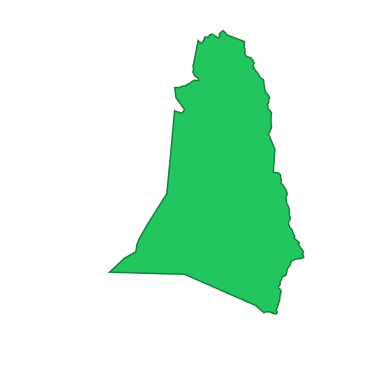 Conceição do Coité, Bahia, Brazil (orthographic projection), rotated 341°
{"feature_id": "56859067B37601452746614", "entity_name": "Conceição do Coité", "entity_type": "district", "adm_level": 2, "iso_a3": "BRA", "parent_name": "Brazil", "parent_adm1": "Bahia", "projection": "orthographic", "projection_center": [-39.2, -11.517], "detail": "fine", "context": "isolated", "style": "filled", "palette": "green", "viewbox_px": 384, "rotation_deg": 341, "n_neighbors": 0, "source": "geoboundaries", "source_scale": "gbopen_adm2", "svg_char_len": 2534}
<svg xmlns="http://www.w3.org/2000/svg" viewBox="0 0 384 384"><g transform="rotate(341 192 192)"><path d="M247.1,50.8L235.2,71.5L234.1,72.9L233.7,75.3L233.0,77.2L231.8,78.9L232.2,81.5L232.8,83.8L234.9,86.4L234.6,88.7L232.9,88.4L230.8,87.1L227.8,87.5L225.9,88.5L224.1,88.6L222.2,88.9L220.4,89.4L218.0,89.0L216.2,88.9L214.1,89.3L212.3,88.4L209.5,87.8L207.6,97.8L211.9,111.6L210.1,113.1L207.8,114.1L205.6,112.3L204.0,111.2L202.0,109.5L190.2,135.8L182.2,153.5L167.6,185.4L148.0,201.2L139.9,207.6L133.9,212.9L126.1,219.8L122.6,224.1L120.7,227.8L119.5,230.1L106.1,232.8L90.5,239.9L87.9,240.9L106.1,247.8L109.2,249.0L123.8,254.5L157.8,267.2L160.9,269.9L186.2,293.2L198.9,305.0L200.5,306.4L215.2,320.0L216.9,322.9L220.7,329.6L223.1,329.4L224.8,330.1L226.9,330.9L228.2,332.4L229.9,333.6L231.7,334.8L233.6,333.4L233.1,331.0L234.5,329.6L236.0,327.8L237.3,325.8L238.6,324.2L239.7,322.5L240.6,320.7L241.3,318.8L242.6,316.9L243.7,315.6L243.8,313.1L242.6,310.9L243.3,309.3L245.2,308.3L246.0,305.5L248.0,304.2L249.1,302.1L251.6,301.4L253.2,301.5L254.4,300.3L255.5,298.4L256.9,296.1L258.7,294.4L260.8,293.3L262.1,291.6L263.1,289.9L265.0,289.6L267.1,289.3L268.9,289.3L270.9,289.7L274.2,290.6L276.4,290.0L276.8,288.2L276.0,286.6L277.9,285.2L277.4,282.5L276.3,279.7L276.2,277.9L275.4,276.1L276.9,275.3L276.0,273.0L274.8,271.0L273.7,269.1L274.8,267.2L274.1,264.4L274.2,262.0L274.3,259.9L273.2,257.6L272.8,255.0L273.0,253.1L273.9,251.2L275.8,250.1L276.6,248.0L276.6,245.7L277.1,244.0L277.5,242.1L278.5,240.1L278.4,237.0L277.9,233.7L278.1,231.1L278.8,228.7L279.5,227.0L281.1,225.5L281.6,223.4L281.6,220.6L280.7,217.1L280.2,214.9L279.0,212.5L280.4,209.6L280.4,207.5L281.0,205.9L281.2,204.2L280.2,202.4L278.8,201.6L277.1,200.8L275.3,199.8L284.3,178.4L283.2,162.1L285.5,160.2L287.3,157.9L288.6,156.0L289.1,152.6L290.0,150.3L290.6,148.0L291.7,145.9L293.0,143.0L292.3,140.7L291.1,138.1L291.4,135.9L292.0,133.7L293.8,132.0L294.4,129.8L296.0,128.3L295.9,126.5L295.4,124.4L294.5,122.7L294.1,121.0L294.1,118.7L294.8,116.5L295.0,114.3L295.6,111.4L296.1,109.0L295.0,107.7L293.7,106.0L293.5,104.3L293.1,101.9L292.4,99.8L291.5,97.4L290.8,94.7L290.9,92.3L292.6,90.6L292.6,88.0L292.1,86.3L291.1,83.9L289.2,82.9L287.6,81.7L287.0,79.3L287.4,77.2L288.3,74.8L288.6,72.2L289.1,70.0L290.1,68.6L290.6,66.9L275.9,54.6L275.7,52.7L274.7,51.2L274.0,49.6L271.6,50.3L269.3,51.3L269.5,53.3L267.4,54.8L265.4,53.3L263.9,50.9L262.2,49.2L259.7,49.2L258.4,51.0L256.6,50.3L254.4,49.7L252.5,52.5L250.0,54.3L248.1,53.0L247.1,50.8Z" fill="#22c55e" stroke="#15803d" stroke-width="1.5"/></g></svg>